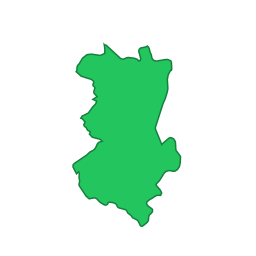 outline of Isère, rotated 47°
{"feature_id": "FRA-5311", "entity_name": "Isère", "entity_type": "Metropolitan department", "adm_level": 1, "iso_a3": "FRA", "parent_name": "France", "parent_adm1": "", "projection": "equal_earth", "projection_center": [5.636, 45.294], "detail": "fine", "context": "isolated", "style": "filled", "palette": "green", "viewbox_px": 256, "rotation_deg": 47, "n_neighbors": 0, "source": "natural_earth", "source_scale": "10m", "svg_char_len": 2483}
<svg xmlns="http://www.w3.org/2000/svg" viewBox="0 0 256 256"><g transform="rotate(47 128 128)"><path d="M73.7,124.7L72.8,124.5L71.9,123.5L71.6,122.5L71.1,121.7L69.7,121.3L67.4,121.7L58.3,126.9L51.5,127.5L51.5,127.1L50.3,125.3L48.7,123.8L47.9,122.1L47.7,119.6L47.3,118.4L45.9,113.6L46.4,108.0L49.1,104.3L56.0,98.8L57.6,94.2L54.5,91.1L50.8,88.5L51.2,88.5L52.5,87.5L72.3,86.0L74.4,84.7L75.8,80.9L76.6,79.7L81.3,75.8L84.1,74.4L86.5,74.4L86.8,72.5L85.7,71.2L79.3,67.9L78.1,66.3L78.1,64.2L80.8,59.8L81.3,57.9L82.9,57.9L84.5,58.4L87.8,60.2L90.3,61.0L93.2,62.8L95.1,63.2L97.0,62.7L98.6,61.4L103.2,54.3L104.7,52.5L106.1,51.7L107.1,51.4L107.6,51.0L108.3,50.9L109.9,51.7L114.5,55.6L115.0,56.2L115.4,57.0L115.2,57.1L114.9,57.2L114.8,57.3L116.5,62.3L119.3,66.1L126.3,71.9L128.2,74.3L131.7,80.3L134.1,85.8L146.0,107.2L147.5,108.7L163.2,114.6L163.0,112.4L163.3,105.5L163.7,103.8L165.3,102.6L167.0,102.1L168.9,102.3L170.6,102.9L176.9,108.1L184.0,108.9L185.0,109.3L189.4,113.9L191.3,116.8L192.1,120.2L191.6,123.1L190.3,124.6L188.7,125.6L187.0,127.2L185.8,129.6L185.6,132.1L188.0,141.1L188.2,145.3L188.6,146.2L189.6,146.5L195.4,146.7L198.5,147.7L199.5,150.1L197.0,152.7L196.8,153.4L196.3,155.2L196.0,157.4L195.0,162.1L195.0,164.3L195.5,165.7L196.5,166.2L197.5,166.4L198.8,166.5L203.5,165.6L204.5,165.8L205.5,166.7L206.0,167.6L206.2,168.7L206.2,171.6L206.6,172.7L207.4,173.8L208.3,174.7L209.5,176.1L209.9,177.2L210.1,178.2L209.9,182.1L209.7,184.0L209.3,184.8L208.8,185.4L208.0,185.5L207.2,185.4L203.6,184.2L202.6,184.1L201.7,184.1L200.7,184.3L197.3,185.7L196.3,185.8L194.4,185.5L193.5,185.5L190.4,186.1L189.5,186.0L187.6,185.4L186.6,185.4L185.6,185.8L180.3,189.1L179.3,189.4L178.3,189.4L176.6,188.8L175.7,188.6L174.7,188.8L173.8,189.1L172.1,190.1L169.7,192.0L169.2,192.9L169.4,193.9L169.7,194.8L169.7,196.1L169.0,197.0L168.2,197.7L164.2,198.9L162.1,199.2L159.0,199.1L157.9,199.3L156.7,199.7L155.8,200.7L153.3,204.7L149.3,205.1L137.2,203.1L136.0,202.5L133.8,199.5L130.7,197.5L128.2,194.8L126.4,194.0L126.4,196.9L119.0,194.8L117.4,193.1L117.4,190.6L119.6,176.8L119.6,172.0L120.6,168.7L120.8,167.2L119.9,163.9L118.8,161.6L118.5,159.2L120.1,155.9L117.2,156.1L110.4,160.4L106.3,160.4L105.8,159.9L105.5,158.7L105.3,158.4L104.2,158.4L102.1,159.1L99.1,158.3L97.2,158.7L95.5,158.2L94.3,155.3L90.0,155.1L88.7,155.9L88.0,153.5L90.0,146.8L88.5,139.5L88.3,135.2L87.0,132.6L83.1,134.2L84.0,129.2L79.3,129.1L77.9,128.0L76.4,125.3L75.7,124.5L73.7,124.7Z" fill="#22c55e" stroke="#15803d" stroke-width="1.5"/></g></svg>